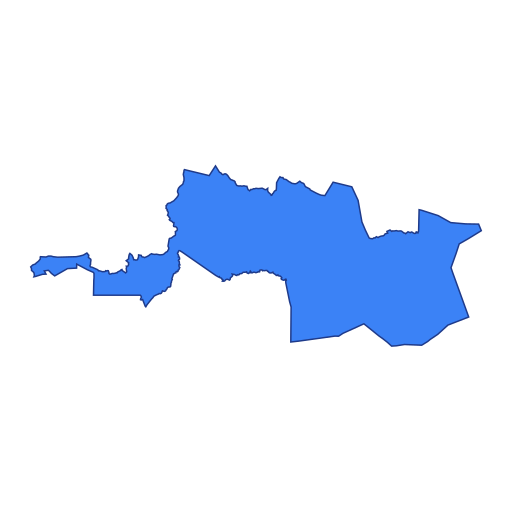 the district of Tinderet, Rift Valley, Kenya
{"feature_id": "3690345B14310804681504", "entity_name": "Tinderet", "entity_type": "district", "adm_level": 2, "iso_a3": "KEN", "parent_name": "Kenya", "parent_adm1": "Rift Valley", "projection": "mercator", "projection_center": [35.153, -0.008], "detail": "fine", "context": "isolated", "style": "filled", "palette": "blue", "viewbox_px": 512, "rotation_deg": 0, "n_neighbors": 0, "source": "geoboundaries", "source_scale": "gbopen_adm2", "svg_char_len": 6050}
<svg xmlns="http://www.w3.org/2000/svg" viewBox="0 0 512 512"><path d="M33.9,276.8L35.7,276.4L42.5,274.3L46.0,274.1L44.3,270.9L48.3,270.3L49.3,271.1L51.4,273.4L54.7,275.9L67.5,268.6L76.6,268.1L76.7,264.1L87.3,269.7L93.4,272.4L94.0,273.4L94.0,277.9L93.8,280.4L93.5,295.2L140.3,295.2L141.1,296.2L141.4,297.1L140.6,298.9L140.5,299.7L141.2,300.0L142.6,299.5L145.2,306.2L145.8,306.8L147.1,304.6L151.6,299.0L152.7,297.9L154.0,296.1L156.8,294.7L158.6,294.0L159.1,293.5L160.2,293.7L161.2,293.3L161.8,292.5L162.4,290.9L164.4,291.4L165.2,291.1L165.8,290.6L166.0,289.9L167.0,288.8L167.3,287.8L168.2,287.1L170.1,286.9L170.6,286.4L170.9,284.5L170.8,283.6L171.4,282.3L171.5,281.1L172.3,279.4L171.9,278.7L173.6,273.8L174.5,273.5L175.1,273.0L175.9,272.8L175.9,272.1L176.4,271.5L177.5,271.7L178.1,271.0L178.1,270.1L178.9,269.6L179.8,267.5L179.1,266.8L179.0,265.9L178.9,265.0L179.9,264.8L179.4,263.9L179.3,262.0L179.1,261.2L178.4,260.7L178.7,259.7L179.5,259.3L179.6,258.1L179.2,257.0L178.4,256.9L178.6,255.8L178.4,255.0L177.5,253.6L177.6,252.9L178.2,252.2L178.4,251.3L179.0,250.6L179.9,250.7L182.3,252.2L215.7,275.4L218.7,277.1L219.4,276.7L219.7,277.5L220.3,277.9L221.1,278.0L221.7,278.5L222.0,279.4L222.8,279.6L223.1,280.4L222.4,281.1L223.0,281.3L224.6,281.0L225.7,279.7L226.7,279.3L227.7,279.3L229.5,280.1L230.1,279.5L230.4,277.9L232.1,276.4L232.6,275.7L232.6,274.9L232.2,274.1L234.6,274.5L235.9,275.3L236.8,275.5L237.4,274.7L238.5,274.9L239.2,274.6L239.5,273.9L241.8,273.5L243.1,272.3L245.5,272.2L246.6,271.8L246.9,272.8L248.3,273.5L248.9,273.0L250.0,272.8L250.0,271.8L250.3,271.1L250.8,271.6L251.3,272.7L252.0,272.9L253.7,272.2L254.4,272.2L255.9,272.7L257.5,272.2L258.3,271.6L259.0,272.0L259.7,271.7L259.7,270.7L260.0,270.1L261.9,269.9L262.6,270.8L263.4,270.5L264.3,270.7L266.2,270.4L267.0,270.5L267.6,271.4L268.4,271.5L268.8,272.3L269.4,272.8L271.0,273.0L272.9,272.2L273.2,273.1L275.8,274.8L276.2,275.4L277.1,275.5L277.9,274.9L278.5,275.8L280.5,276.2L281.8,277.8L281.1,278.7L281.5,279.4L283.4,280.2L284.1,280.2L285.3,279.2L286.0,279.2L286.3,280.3L285.7,280.8L285.8,282.9L289.6,301.6L291.1,307.0L290.8,342.0L298.8,341.1L334.9,336.1L338.6,336.2L343.0,333.3L363.9,323.8L379.0,336.0L382.8,338.7L387.4,342.3L391.6,346.1L396.4,345.8L404.5,344.5L421.7,345.2L427.7,341.5L430.1,339.5L437.8,334.3L447.9,325.1L468.7,317.0L452.8,273.0L451.0,267.7L456.1,253.4L459.2,243.9L468.6,238.5L481.3,230.7L478.6,224.1L465.8,223.9L450.7,222.6L438.2,215.6L421.7,210.3L419.1,209.7L418.6,231.1L417.9,232.9L416.7,231.9L416.0,232.1L415.9,233.2L414.9,233.5L413.7,233.2L412.2,232.2L411.3,232.0L410.6,232.6L409.7,232.5L408.0,231.8L405.7,233.7L404.9,233.1L403.9,233.0L401.5,231.1L400.5,230.9L398.0,231.1L396.4,230.6L394.1,231.0L392.5,230.9L391.8,231.4L390.0,230.0L386.9,231.4L387.7,233.1L385.1,233.9L384.0,235.4L383.3,235.8L381.2,236.1L380.0,236.5L379.0,236.9L378.3,237.5L377.5,237.4L376.6,236.7L375.7,237.2L375.0,238.0L374.0,237.8L372.7,238.7L371.8,238.7L370.0,238.4L369.1,237.9L365.4,230.2L361.9,221.9L358.1,200.4L351.8,186.8L333.1,182.2L324.9,195.6L321.3,195.2L319.7,194.7L316.2,193.1L310.3,190.0L309.7,188.9L305.5,186.7L305.0,186.0L304.0,183.9L303.5,183.4L301.4,182.6L299.8,181.2L297.0,183.2L295.8,183.7L294.8,183.8L291.8,183.3L290.2,182.2L289.2,181.8L286.3,179.6L283.8,179.0L283.3,178.5L283.0,177.6L281.0,177.5L280.0,176.8L278.8,178.5L276.6,182.7L276.4,188.5L276.1,190.3L275.1,190.7L274.2,191.5L273.2,193.3L272.6,193.7L272.0,195.0L271.2,195.3L270.8,194.4L268.3,192.1L267.9,191.2L267.6,190.6L267.7,188.4L266.1,189.6L265.2,189.7L262.2,188.2L258.3,188.6L256.0,188.3L254.6,188.8L253.6,188.7L251.8,189.6L250.9,189.4L250.4,190.1L249.6,190.8L249.0,190.2L248.2,189.8L247.7,188.8L246.9,186.3L246.0,186.3L243.9,185.8L241.7,186.2L240.9,185.9L238.7,186.0L236.7,185.4L235.1,182.5L235.1,181.8L234.6,181.2L233.7,180.6L232.7,180.4L232.0,179.9L231.2,179.8L230.5,179.3L229.2,177.8L227.8,175.6L226.4,174.2L225.2,173.8L224.1,174.0L223.6,174.5L222.7,174.6L221.9,174.2L221.4,173.4L220.5,172.7L219.5,172.3L215.5,165.9L209.2,175.6L184.4,169.6L183.9,170.9L183.9,172.0L183.6,172.7L183.3,174.5L184.0,177.7L184.0,180.8L183.5,181.5L183.4,182.5L182.7,184.3L179.9,186.5L178.5,188.2L177.6,190.7L177.5,191.9L178.4,193.9L178.4,194.8L178.1,195.7L176.5,197.9L173.7,200.9L171.8,201.9L170.3,202.9L168.6,203.2L167.9,203.5L167.2,204.1L166.8,205.1L166.1,205.6L166.2,207.5L166.0,208.3L167.3,209.6L167.1,210.6L167.8,211.4L168.3,212.6L168.0,214.2L167.5,215.2L168.4,216.0L169.4,217.6L170.1,218.3L169.9,219.2L169.3,219.7L169.9,220.4L171.9,221.4L173.0,222.6L173.9,222.6L173.8,224.3L173.5,225.5L173.7,226.4L174.6,226.7L175.6,226.6L176.9,227.8L177.3,228.7L177.3,229.7L176.9,230.6L175.3,231.6L175.5,232.8L175.4,233.5L175.5,234.3L175.3,235.3L174.6,235.8L173.8,236.1L171.5,237.9L170.7,238.2L169.8,238.3L169.2,238.9L168.0,246.1L168.7,247.7L168.7,249.1L167.9,250.4L167.4,251.5L165.8,252.3L163.6,254.3L162.6,254.6L159.9,254.9L156.5,254.2L154.6,254.4L152.4,254.1L151.7,253.7L150.2,254.4L148.9,255.5L146.9,256.6L144.5,257.6L143.6,257.1L142.2,256.9L141.6,256.5L141.3,255.4L138.6,254.9L138.5,257.0L137.6,259.5L137.1,259.9L135.6,260.1L134.8,259.7L133.8,259.8L133.4,258.9L133.4,258.2L132.3,255.8L131.9,255.1L129.9,253.4L129.3,254.3L128.9,255.9L128.6,258.0L128.7,258.8L126.2,260.7L128.7,262.8L128.4,263.7L128.6,264.7L128.0,265.9L127.2,266.2L126.3,266.2L126.6,267.1L126.2,268.6L126.7,271.8L125.6,272.9L122.2,270.5L122.0,269.5L121.1,269.7L120.7,270.5L117.5,272.1L117.0,272.9L116.2,272.8L115.5,273.2L113.3,273.5L112.3,273.4L110.6,274.0L109.7,274.1L109.0,273.6L109.0,272.7L108.3,270.7L107.4,270.6L106.4,271.0L105.7,270.7L105.3,271.4L104.6,271.6L102.4,271.7L99.5,270.8L98.5,270.8L98.2,270.2L97.4,269.6L92.3,267.3L90.5,266.9L90.1,266.4L90.0,265.4L90.5,264.6L90.6,262.3L90.9,260.5L90.8,259.3L88.4,257.4L88.8,255.2L88.0,254.6L87.6,253.7L86.9,253.0L83.3,255.1L79.5,256.1L76.1,256.7L57.7,257.2L53.3,256.7L51.1,256.1L48.3,256.1L46.1,257.0L40.4,256.7L40.2,257.6L40.3,259.0L38.5,261.2L36.0,263.2L35.5,263.9L32.7,265.0L30.7,266.9L31.5,268.6L31.5,270.4L33.5,272.2L34.0,273.0L34.3,275.0L34.3,275.8L33.9,276.8Z" fill="#3b82f6" stroke="#1e3a8a" stroke-width="1.5"/></svg>